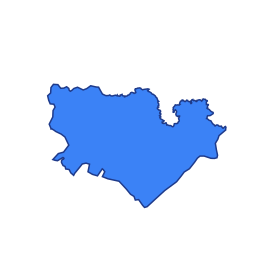 the district of Kolokani, Koulikoro, Mali, rotated 136°
{"feature_id": "8926073B69551700582235", "entity_name": "Kolokani", "entity_type": "district", "adm_level": 2, "iso_a3": "MLI", "parent_name": "Mali", "parent_adm1": "Koulikoro", "projection": "mercator", "projection_center": [-8.433, 13.688], "detail": "fine", "context": "isolated", "style": "filled", "palette": "blue", "viewbox_px": 256, "rotation_deg": 136, "n_neighbors": 0, "source": "geoboundaries", "source_scale": "gbopen_adm2", "svg_char_len": 4432}
<svg xmlns="http://www.w3.org/2000/svg" viewBox="0 0 256 256"><g transform="rotate(136 128 128)"><path d="M59.1,58.7L58.6,59.3L57.4,60.2L57.2,60.3L57.1,60.7L56.8,61.3L56.9,61.5L57.3,61.6L58.4,61.7L59.4,61.6L59.9,62.1L59.8,63.6L59.5,64.4L60.8,65.5L61.3,66.5L61.3,67.7L62.4,68.8L63.8,68.9L64.1,69.4L63.8,70.6L64.1,71.6L64.0,72.7L64.0,73.2L63.4,75.5L64.0,76.7L64.3,77.3L64.5,79.6L64.9,80.2L64.3,80.4L63.5,80.8L62.8,81.4L62.6,81.5L62.1,81.5L61.4,80.7L60.1,79.8L59.1,79.6L56.8,79.2L56.6,79.4L56.2,79.6L56.0,80.3L56.5,81.4L56.7,82.0L56.8,83.7L56.7,84.7L57.5,86.9L57.5,87.3L57.3,87.5L56.8,87.4L56.6,87.3L56.5,87.5L55.7,88.5L55.2,88.7L54.7,88.7L54.3,88.7L54.0,89.0L54.1,89.4L55.3,90.4L53.8,92.1L53.3,92.4L52.9,92.3L52.2,92.3L52.0,92.6L52.2,93.2L52.7,93.7L52.5,95.0L52.9,95.3L53.7,96.6L54.2,96.6L55.0,97.2L54.6,96.4L55.1,96.1L55.9,96.4L56.3,96.2L56.6,98.2L57.3,98.9L58.6,99.6L59.3,100.0L59.5,99.8L60.0,99.3L60.6,99.7L60.7,100.9L61.0,101.7L61.7,101.9L61.9,102.9L61.5,103.4L61.8,103.6L62.3,103.9L63.5,103.6L64.2,103.0L64.8,102.6L64.6,102.0L64.9,101.8L65.0,101.7L65.5,101.7L65.8,101.9L65.7,102.4L64.9,103.4L64.7,104.0L65.4,104.1L66.0,104.9L66.2,105.8L65.9,106.4L66.3,107.0L66.5,107.3L67.8,107.1L68.5,107.3L68.6,107.8L69.0,108.0L69.1,109.9L69.8,109.9L69.8,110.5L70.6,110.3L71.3,110.6L71.6,110.8L72.9,110.3L74.0,109.7L74.5,109.2L74.3,108.9L74.8,108.9L75.1,108.9L75.7,109.5L76.2,110.1L77.4,111.0L77.9,111.8L79.2,111.4L79.8,111.4L81.3,111.3L82.0,110.4L83.0,109.8L83.0,109.0L84.5,108.2L84.5,107.8L83.9,107.4L83.5,107.7L82.7,108.1L81.5,108.3L81.2,108.2L81.5,106.3L81.8,105.8L83.0,105.3L84.0,104.7L84.7,103.2L84.4,102.7L84.4,101.9L83.0,101.2L82.6,100.8L83.0,100.4L84.3,100.1L85.2,99.5L85.8,98.0L86.5,97.4L87.9,97.4L88.9,96.9L89.0,96.9L89.7,97.2L90.9,98.3L91.1,98.5L91.7,98.9L93.6,97.7L94.1,97.7L94.3,97.7L94.8,97.7L95.3,98.4L95.4,99.3L95.6,100.0L96.1,100.7L96.7,101.1L97.4,102.8L98.0,103.1L97.4,104.3L97.0,105.2L97.5,105.6L98.3,105.8L99.4,106.7L99.9,107.6L99.5,108.2L99.4,108.5L98.8,108.2L98.6,108.1L97.4,108.0L97.0,108.2L97.5,109.5L97.8,111.0L98.3,112.1L97.7,113.5L96.7,113.2L96.6,114.1L96.8,115.0L96.3,115.1L95.2,114.8L94.7,115.4L94.4,115.7L94.9,116.6L94.3,117.1L93.3,117.1L92.8,117.5L92.7,118.1L92.7,118.8L93.3,119.3L93.4,121.5L93.1,122.0L92.3,121.9L91.6,121.8L91.9,122.3L91.3,122.9L90.5,123.1L90.1,122.9L89.6,123.5L89.1,124.1L88.9,125.4L88.2,126.2L87.4,125.9L87.5,127.1L87.0,128.0L86.3,129.7L86.5,130.8L86.1,132.0L86.4,134.6L87.0,135.4L87.0,136.8L86.9,137.3L87.4,139.1L88.0,140.2L87.9,141.2L87.2,141.1L85.9,141.2L86.1,141.7L86.6,142.4L89.7,144.7L90.9,145.3L91.4,146.7L91.2,147.8L91.9,148.9L92.7,149.4L93.2,149.9L94.8,150.5L95.1,150.8L95.4,151.1L96.2,150.9L96.9,150.0L97.0,149.3L97.4,149.0L97.7,148.1L98.2,148.0L99.0,148.6L99.6,148.7L99.7,149.6L100.4,150.9L100.5,151.0L101.7,151.5L102.9,151.0L103.6,151.3L104.0,151.2L104.6,151.2L105.5,151.8L106.6,151.7L107.1,152.1L107.3,152.3L107.5,152.6L107.8,152.6L108.4,152.5L108.8,152.8L108.3,153.2L108.2,153.2L108.2,153.3L109.1,154.4L109.6,155.3L109.3,155.7L108.9,156.3L110.8,157.1L111.3,156.5L112.1,156.8L113.0,158.4L112.8,159.1L113.5,158.8L113.8,159.4L114.0,160.1L115.3,161.0L116.0,161.3L116.6,161.7L116.9,161.8L117.9,162.9L118.1,163.8L118.1,164.4L119.3,164.8L121.1,166.3L121.7,167.2L122.8,170.2L121.9,173.8L120.8,177.8L122.4,179.6L125.5,184.3L130.3,185.0L133.8,186.5L136.0,192.4L139.4,194.0L142.4,194.1L144.0,194.5L144.0,196.2L143.1,197.6L143.5,200.3L146.5,201.3L148.8,203.3L148.3,207.9L151.3,211.2L155.3,210.6L159.4,206.9L163.4,207.0L165.8,203.0L167.2,199.4L164.8,196.6L165.9,193.7L169.8,192.6L174.4,188.2L182.0,185.5L183.6,181.5L184.1,180.7L183.8,180.5L183.4,180.4L182.7,177.6L182.4,175.7L180.3,170.0L179.6,165.4L182.5,156.8L191.1,155.4L195.9,158.0L204.0,157.5L202.9,155.4L201.4,153.4L198.2,152.7L195.3,152.0L195.0,151.3L195.3,150.5L196.1,150.4L197.1,150.9L197.7,150.8L198.6,150.6L199.8,149.4L200.8,146.1L200.0,144.0L201.3,141.8L200.1,140.3L199.2,139.0L200.3,135.5L200.0,131.7L198.0,132.4L190.3,133.3L185.9,133.9L182.6,131.9L180.8,128.7L187.2,124.3L185.8,119.4L183.2,114.8L174.9,116.5L174.7,115.3L175.1,112.7L180.2,110.8L177.8,105.5L171.4,95.9L171.6,86.1L171.7,84.3L172.2,78.6L171.2,74.6L172.8,71.1L170.1,69.1L171.2,62.1L171.3,59.4L168.9,58.1L159.2,57.9L144.9,57.5L130.4,55.6L123.1,56.5L118.1,57.3L112.1,56.0L104.0,57.1L99.0,58.1L95.7,57.8L92.7,54.9L89.4,48.6L87.0,46.1L84.7,44.8L82.5,46.2L79.5,51.0L75.8,56.3L71.3,57.5L67.8,59.3L59.1,58.7Z" fill="#3b82f6" stroke="#1e3a8a" stroke-width="1.5"/></g></svg>